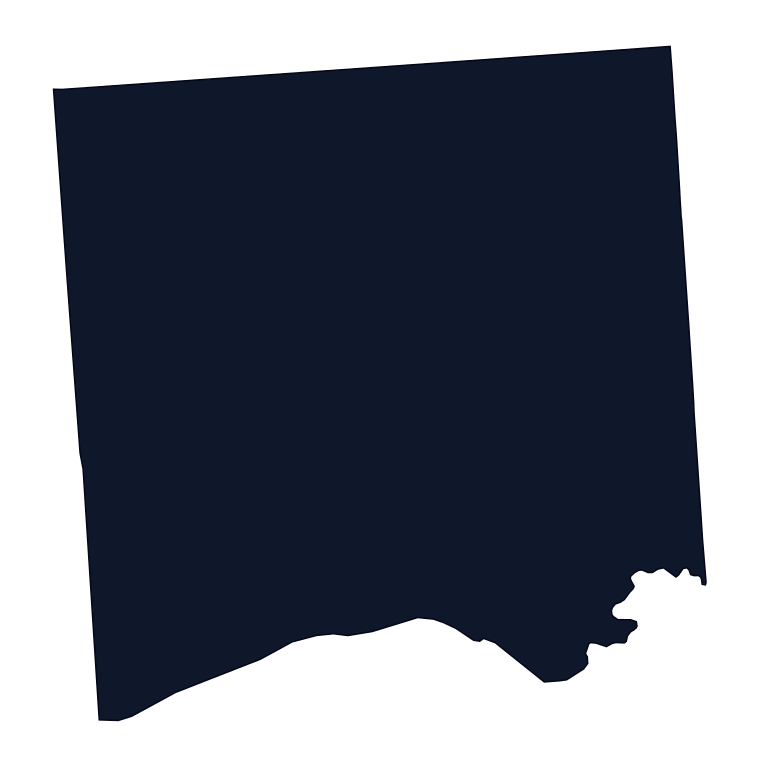 Douglas, Wisconsin, United States of America, rotated 176°
{"feature_id": "52423323B97488496656335", "entity_name": "Douglas", "entity_type": "district", "adm_level": 2, "iso_a3": "USA", "parent_name": "United States of America", "parent_adm1": "Wisconsin", "projection": "natural_earth1", "projection_center": [-92.121, 46.457], "detail": "fine", "context": "isolated", "style": "filled", "palette": "ink", "viewbox_px": 768, "rotation_deg": 176, "n_neighbors": 0, "source": "geoboundaries", "source_scale": "gbopen_adm2", "svg_char_len": 1375}
<svg xmlns="http://www.w3.org/2000/svg" viewBox="0 0 768 768"><g transform="rotate(176 384 384)"><path d="M76.6,166.3L77.1,206.8L77.0,228.2L76.7,334.5L76.4,343.4L76.2,361.1L76.0,410.5L75.9,422.3L75.9,426.1L75.7,526.9L75.9,529.6L75.9,534.5L75.8,535.5L75.8,542.5L75.8,545.4L75.7,552.1L75.6,555.1L75.1,609.1L75.2,629.7L74.9,676.8L75.0,690.8L75.0,700.8L278.2,700.5L684.5,700.3L693.1,701.1L692.8,517.2L692.0,336.2L690.1,320.1L691.5,68.8L672.5,66.9L658.9,70.2L613.5,90.9L538.7,114.3L527.0,117.9L493.5,133.2L468.7,137.9L451.8,138.4L437.6,135.6L413.1,137.9L366.6,148.7L350.9,146.0L341.3,141.9L329.3,135.2L312.6,122.2L306.5,120.7L302.4,123.3L291.0,118.1L244.9,75.6L229.4,75.7L222.4,76.2L204.8,85.8L200.3,91.0L200.2,97.8L201.9,100.9L197.8,110.7L195.8,111.6L190.4,110.7L180.4,106.5L174.5,109.3L170.7,109.9L162.3,109.0L160.3,110.4L158.8,115.7L155.4,119.5L151.9,121.3L149.3,123.3L148.5,124.9L148.9,129.3L154.4,131.6L167.2,132.6L171.5,136.1L172.7,137.8L173.0,142.0L171.8,145.0L168.6,148.4L163.5,149.8L159.4,152.1L153.6,158.9L149.8,162.4L148.6,164.8L151.4,170.9L151.9,173.3L151.3,175.0L147.3,178.3L142.9,180.4L139.6,180.5L133.7,177.5L129.5,177.2L123.6,180.3L117.9,181.1L106.2,171.1L103.6,172.8L98.4,179.2L94.6,179.5L92.7,177.3L91.4,172.5L88.0,171.2L83.7,171.0L81.6,169.4L80.9,166.8L80.6,162.0L77.4,161.2L76.6,163.4L76.6,166.3Z" fill="#0f172a" stroke="#020617" stroke-width="1.5"/></g></svg>